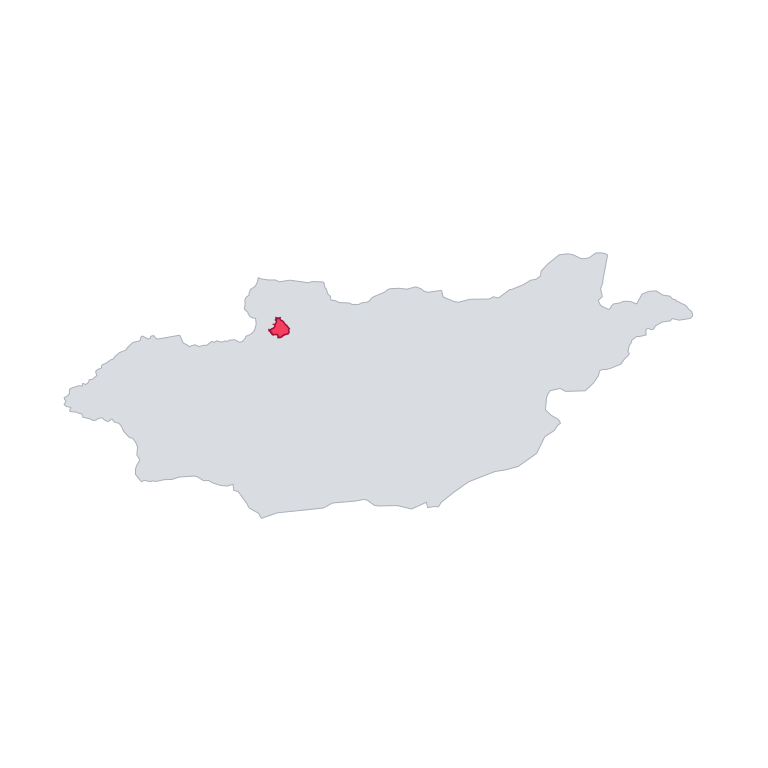 Arbulag, Hövsgöl, Mongolia (highlighted), rotated 347°
{"feature_id": "93677404B38396259035136", "entity_name": "Arbulag", "entity_type": "district", "adm_level": 2, "iso_a3": "MNG", "parent_name": "Mongolia", "parent_adm1": "Hövsgöl", "projection": "natural_earth1", "projection_center": [99.205, 49.962], "detail": "fine", "context": "in_parent", "style": "filled", "palette": "rose", "viewbox_px": 768, "rotation_deg": 347, "n_neighbors": 0, "source": "geoboundaries", "source_scale": "gbopen_adm2", "svg_char_len": 6599}
<svg xmlns="http://www.w3.org/2000/svg" viewBox="0 0 768 768"><g transform="rotate(347 384 384)"><path d="M69.4,325.1L71.8,325.0L75.4,322.7L75.9,319.6L77.1,317.9L85.8,317.0L89.6,318.0L90.3,316.0L91.0,315.7L93.0,317.4L95.0,316.6L96.4,315.9L97.8,313.5L100.7,313.9L105.9,311.3L105.9,306.7L107.9,305.6L112.4,304.7L113.1,302.6L114.0,301.9L117.4,301.4L123.1,299.0L125.8,298.8L127.9,296.7L133.1,294.0L140.8,292.7L141.4,291.3L148.5,287.1L156.0,286.9L158.1,283.2L159.3,282.9L164.4,287.2L166.6,286.7L167.4,285.0L170.5,285.0L171.8,288.1L173.5,289.3L195.7,290.5L196.3,291.6L197.5,298.8L201.5,302.1L202.4,303.7L208.6,303.2L212.0,305.9L217.3,305.7L220.0,306.5L225.2,304.0L226.4,304.0L228.0,305.3L230.6,304.3L235.4,306.7L239.1,306.3L240.9,307.3L243.1,306.5L248.4,307.2L252.7,310.9L255.6,310.7L259.1,308.2L260.1,306.5L265.2,305.6L268.2,303.9L270.1,302.3L273.0,296.8L273.6,291.1L271.0,290.2L268.7,288.3L267.5,285.2L267.3,283.1L264.9,279.9L265.1,278.3L266.5,275.5L267.3,271.0L269.0,268.5L272.5,267.1L272.9,265.3L275.1,261.9L280.6,259.8L283.7,256.0L285.5,252.1L288.2,254.1L295.3,256.8L301.3,258.1L305.2,260.9L315.7,261.7L333.3,268.4L336.9,268.0L347.4,270.8L348.2,271.8L348.2,276.9L349.1,278.3L349.6,283.8L351.6,286.5L351.1,289.8L352.0,290.8L354.6,291.3L358.8,294.7L368.1,297.1L370.9,299.3L377.3,300.8L380.6,299.9L385.9,300.4L387.9,300.1L391.2,297.5L393.3,296.7L405.4,294.6L408.7,292.9L411.0,292.5L420.5,294.2L427.3,296.7L436.8,296.5L441.4,299.4L443.4,302.1L447.2,304.5L460.5,305.6L461.1,306.1L461.2,311.9L461.8,312.9L470.6,319.3L474.7,321.1L486.8,320.8L505.8,324.9L510.2,323.6L514.2,325.7L515.8,325.6L527.7,320.3L529.5,320.6L542.1,318.6L550.0,315.9L556.1,316.1L560.8,313.8L562.6,309.3L570.2,304.1L583.8,297.5L592.5,298.5L597.7,300.8L603.3,305.5L606.4,306.8L612.0,307.2L619.9,304.0L624.1,304.8L628.1,306.2L630.9,308.6L620.2,333.1L620.1,334.5L616.5,339.7L616.4,347.9L611.5,350.8L612.5,355.4L613.7,357.2L619.6,361.9L621.5,361.3L622.9,359.3L625.8,357.6L631.4,358.1L636.2,357.3L642.4,358.9L648.2,362.8L655.8,354.4L663.1,353.3L670.1,354.5L675.7,360.1L682.3,362.7L684.1,366.0L686.8,367.3L687.6,368.8L695.8,375.4L697.7,379.7L700.1,382.7L700.3,385.8L699.9,387.4L696.9,389.0L686.0,388.2L679.5,385.1L677.3,386.9L669.0,386.2L664.4,387.5L661.3,388.7L659.6,390.7L658.2,391.2L656.8,391.1L654.2,389.5L652.1,389.5L651.4,389.9L650.4,395.2L643.4,395.2L641.0,394.5L635.3,397.0L634.5,399.0L631.6,401.8L629.1,407.1L629.8,409.4L629.0,410.8L624.0,413.7L619.3,417.9L609.1,419.6L604.2,419.9L600.6,418.9L597.1,419.6L594.6,424.4L588.2,430.2L578.7,435.9L560.9,432.4L558.6,431.6L554.8,428.0L544.5,427.9L541.7,430.3L539.3,433.9L535.5,445.5L539.8,452.1L544.7,456.5L546.8,459.5L547.0,462.1L543.8,463.3L539.5,467.6L528.8,471.5L517.2,485.9L496.2,494.5L483.0,495.0L472.5,494.2L444.4,498.3L426.3,505.8L412.9,512.3L410.0,515.4L408.6,515.9L406.1,514.7L398.8,514.3L398.6,508.8L382.8,512.0L369.7,505.5L351.2,501.6L347.4,500.1L341.0,492.9L337.7,491.9L329.6,491.6L307.2,488.4L296.8,491.2L251.1,485.5L234.6,487.3L233.9,486.6L232.9,482.0L225.2,474.9L224.2,473.2L223.8,470.4L217.7,456.0L213.7,453.8L214.3,447.8L208.3,448.2L201.6,445.9L194.7,441.7L191.4,438.5L186.6,437.7L180.7,432.0L178.0,430.9L163.5,428.6L156.2,429.3L148.4,427.8L139.5,427.6L136.7,426.3L134.1,426.5L129.0,424.0L125.5,424.5L121.5,416.2L122.7,411.1L124.5,408.0L128.7,403.4L128.7,401.6L127.2,397.5L129.7,390.0L129.0,385.4L126.9,380.3L123.9,379.0L119.9,372.0L118.7,366.5L117.0,362.7L112.6,360.4L111.2,357.1L109.9,356.9L108.9,358.0L106.3,358.4L103.6,356.3L102.2,354.0L100.6,353.3L97.7,353.4L95.0,354.5L92.1,354.0L89.7,351.8L83.1,348.6L83.1,346.1L82.2,344.5L80.2,344.0L78.2,342.3L71.9,340.2L71.8,339.0L73.6,336.4L69.3,334.3L67.7,332.1L70.3,329.1L69.3,327.1L69.4,325.1Z" fill="#d9dde1" stroke="#a8b0b8" stroke-width="1"/><path d="M297.6,296.1L297.1,296.1L296.9,296.2L296.7,296.2L296.5,296.5L296.3,296.5L296.2,296.5L296.1,296.4L295.9,296.3L295.9,296.2L295.7,295.9L295.2,296.2L295.0,295.8L293.7,295.0L293.5,295.3L293.7,295.5L293.8,295.5L294.1,295.8L294.1,296.0L294.1,296.4L294.0,296.5L293.8,296.5L293.7,296.6L293.4,296.6L293.2,296.8L292.8,297.0L292.7,297.0L292.4,297.3L292.1,297.3L293.5,297.8L293.3,299.0L292.8,299.9L292.2,300.4L291.5,301.3L290.2,301.2L290.3,301.3L290.5,301.5L290.6,301.8L290.7,302.2L290.8,302.3L290.8,302.5L290.9,302.9L290.8,303.2L290.7,303.4L290.4,303.6L290.2,303.8L289.9,304.1L289.6,304.3L289.4,304.4L289.4,304.5L289.1,304.7L288.9,304.8L288.7,304.8L288.6,304.7L288.5,304.8L288.4,304.8L288.1,304.9L287.7,305.0L287.5,304.9L287.2,304.9L286.2,305.8L285.8,305.6L285.6,305.5L285.5,305.4L284.9,305.4L284.6,305.3L284.4,305.2L284.4,305.3L284.2,305.3L284.1,305.5L284.5,305.6L284.6,305.8L284.6,306.0L284.2,306.1L284.1,306.3L284.1,306.5L284.3,306.6L284.3,306.8L284.6,307.0L284.8,307.1L285.0,307.3L285.3,307.4L285.4,307.5L285.2,307.8L285.3,307.9L285.5,307.8L285.6,308.0L285.4,308.1L285.3,308.3L285.2,308.4L285.2,308.5L285.4,308.6L285.5,308.7L285.7,308.8L285.7,309.0L285.8,309.0L285.9,308.9L286.0,308.9L286.0,309.0L285.9,309.2L285.9,309.3L286.1,309.3L286.2,309.5L285.9,309.6L286.0,310.0L286.3,310.1L286.2,310.1L286.2,310.3L286.2,310.5L286.3,310.7L286.5,310.7L286.8,310.8L287.1,310.9L287.2,311.0L287.2,311.3L287.3,311.3L287.5,311.1L287.8,311.0L288.0,311.0L288.4,311.2L288.5,311.2L288.7,311.3L288.8,311.4L289.0,311.4L289.3,311.4L289.5,311.4L289.8,311.4L289.8,311.5L290.1,311.6L290.4,311.6L290.5,311.6L290.6,311.8L290.8,311.7L291.0,311.7L291.1,311.8L291.2,312.0L291.3,312.0L291.5,312.4L291.5,312.5L291.4,312.7L291.4,312.8L291.4,313.0L291.4,313.4L291.4,313.6L291.5,313.7L291.6,313.8L291.6,314.0L291.6,314.4L291.5,314.5L291.4,314.5L291.2,314.6L291.3,314.6L291.3,314.8L291.2,314.8L291.2,315.0L291.3,315.0L291.5,315.1L291.8,315.1L292.0,315.0L292.3,315.2L292.5,314.9L292.8,314.8L293.0,314.9L293.0,315.0L293.1,315.3L293.4,315.4L293.5,315.4L293.8,315.4L294.0,315.2L294.5,315.1L294.8,315.2L295.0,315.1L295.5,314.9L295.8,314.7L295.9,314.4L296.0,314.4L296.0,314.1L296.5,314.0L296.8,314.0L296.9,313.9L297.0,313.9L297.2,314.0L297.4,314.0L297.5,314.0L297.5,313.9L297.6,313.7L297.8,313.6L297.8,313.4L298.0,313.4L298.3,313.4L298.5,313.4L298.5,313.5L298.9,313.5L299.0,313.6L299.3,313.7L299.5,313.7L299.8,313.6L300.0,313.5L300.4,313.6L300.5,313.6L300.8,313.5L301.0,313.6L301.4,313.4L301.5,313.3L301.8,313.3L302.0,313.4L301.9,313.5L302.0,313.5L302.2,313.4L302.3,313.1L303.2,312.1L303.3,310.9L303.0,310.1L303.7,309.2L304.2,308.9L303.9,308.2L303.3,307.2L302.7,305.9L302.4,304.9L301.6,304.6L301.3,303.7L301.1,303.4L300.4,301.9L300.3,301.4L299.8,300.4L299.3,299.7L298.5,299.2L298.3,298.9L298.0,298.7L297.7,298.6L297.6,298.1L297.3,297.2L297.3,296.6L297.6,296.1Z" fill="#f43f5e" stroke="#9f1239" stroke-width="1.5"/></g></svg>